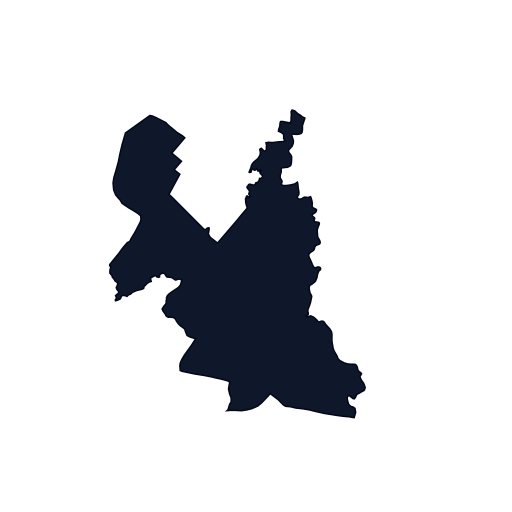 outline of Pur Rieng, Prey Vêng, Cambodia, rotated 220°
{"feature_id": "14789045B26766216675918", "entity_name": "Pur Rieng", "entity_type": "district", "adm_level": 2, "iso_a3": "KHM", "parent_name": "Cambodia", "parent_adm1": "Prey Vêng", "projection": "mercator", "projection_center": [105.263, 11.512], "detail": "fine", "context": "isolated", "style": "filled", "palette": "ink", "viewbox_px": 512, "rotation_deg": 220, "n_neighbors": 0, "source": "geoboundaries", "source_scale": "gbopen_adm2", "svg_char_len": 6129}
<svg xmlns="http://www.w3.org/2000/svg" viewBox="0 0 512 512"><g transform="rotate(220 256 256)"><path d="M300.1,379.2L300.4,380.7L301.8,382.9L304.2,385.7L307.2,393.1L309.9,392.4L312.7,392.4L315.3,391.9L319.7,392.1L322.2,391.0L321.9,389.1L319.7,386.9L318.1,384.6L316.1,382.2L315.4,379.9L322.2,376.1L323.6,374.8L323.1,373.4L321.1,370.5L320.1,367.7L319.0,366.0L316.0,366.8L313.7,367.0L312.4,366.3L310.4,363.8L308.0,362.8L308.6,361.3L312.3,357.8L316.4,353.4L319.5,351.2L321.2,349.2L318.8,347.3L317.8,345.6L316.7,344.7L316.4,343.3L316.6,342.3L317.4,341.6L318.2,341.6L319.5,341.9L321.2,341.9L321.4,341.2L321.7,340.1L319.3,338.2L318.0,336.3L317.5,334.4L317.2,331.7L318.1,326.6L318.1,324.6L317.8,322.7L316.6,320.2L316.2,319.0L315.5,316.5L315.0,315.7L314.4,316.0L313.7,317.2L314.2,318.2L314.7,319.6L314.3,320.6L313.5,320.8L312.8,320.6L311.9,321.0L311.6,323.3L310.1,322.6L309.2,322.3L308.3,322.9L308.3,324.1L307.9,325.0L307.1,325.0L306.6,324.3L306.9,323.5L306.9,322.7L306.3,322.2L305.4,321.9L304.0,321.9L302.3,321.4L301.8,320.4L302.1,318.4L303.2,317.8L302.7,316.7L302.0,315.9L302.2,315.0L302.0,313.1L302.8,312.6L303.2,311.9L302.7,310.4L303.0,309.3L304.3,308.1L305.1,308.1L305.9,307.3L306.6,307.3L307.3,306.7L307.6,305.7L307.1,304.5L307.5,303.8L307.0,302.7L305.4,302.2L302.9,301.7L302.3,300.9L301.7,299.5L301.2,298.7L300.2,298.7L299.6,298.3L299.0,297.5L298.8,296.6L299.7,296.5L301.0,296.6L301.7,295.8L301.3,294.8L300.6,294.4L301.1,293.5L298.4,290.5L296.6,289.1L293.5,287.1L293.6,278.5L293.5,269.5L293.8,241.2L302.6,240.9L304.2,241.2L306.7,242.3L309.2,246.6L310.2,247.4L311.3,246.1L311.4,244.1L312.5,243.2L313.5,243.1L358.1,247.1L362.3,247.3L366.9,269.7L374.1,269.5L374.0,280.7L386.6,280.7L386.5,300.8L389.8,300.8L396.0,299.9L403.0,299.9L405.5,299.8L409.8,300.0L410.5,300.3L421.4,297.8L425.5,296.6L427.6,295.4L435.1,266.4L430.2,255.3L425.7,246.4L421.9,239.5L417.9,230.7L415.3,224.7L412.5,220.1L407.5,215.1L402.8,212.6L398.9,211.9L395.9,211.5L392.7,210.3L389.7,210.5L384.3,211.1L379.0,212.0L373.5,212.7L370.1,212.6L367.8,210.3L366.6,208.0L364.2,197.5L362.9,189.2L362.1,186.0L363.2,183.6L363.3,177.3L362.8,169.5L362.6,155.5L361.8,154.4L360.6,154.6L359.7,153.3L359.2,151.9L358.1,150.4L357.0,149.0L355.1,148.6L353.9,148.5L352.5,147.5L349.5,146.9L348.1,146.3L346.5,146.4L344.8,146.4L344.2,146.1L343.2,143.8L342.8,142.0L341.3,141.1L339.0,140.6L337.9,140.0L337.4,139.4L337.9,137.2L338.1,135.3L336.6,134.7L335.8,134.0L335.6,132.0L334.8,131.4L333.6,133.2L332.4,135.9L332.9,137.7L333.2,139.6L332.1,140.7L330.5,141.6L328.8,142.2L328.8,143.6L328.2,145.2L327.6,146.1L327.3,148.7L325.2,152.9L322.2,156.9L321.5,158.1L321.3,159.4L322.2,160.4L321.9,162.8L321.8,164.8L321.1,167.2L319.9,169.2L321.4,170.2L322.6,171.2L321.9,173.3L320.9,175.6L319.9,176.7L318.5,176.2L316.9,177.1L316.4,178.0L317.2,178.8L317.7,180.0L317.1,181.9L315.9,183.3L314.4,183.7L312.3,182.9L310.6,182.7L307.6,184.8L305.9,185.5L303.3,185.6L302.1,185.9L300.0,189.1L297.9,189.9L296.7,188.6L295.2,185.0L295.3,181.8L297.4,174.6L298.3,170.8L298.4,168.4L297.6,166.2L296.5,165.2L296.0,163.8L294.9,162.8L294.3,161.2L294.3,157.9L293.9,155.1L292.0,154.1L288.4,153.2L285.9,152.2L283.8,152.7L281.6,154.7L279.2,155.9L277.7,156.0L274.4,154.8L271.6,154.1L268.8,153.9L265.9,154.2L263.7,154.2L260.8,152.4L257.7,150.8L254.6,151.5L251.4,152.8L249.1,153.9L248.1,146.5L247.1,133.6L246.3,129.1L245.4,125.7L244.0,123.2L240.4,119.5L238.0,120.4L227.0,126.3L219.2,131.0L212.7,134.6L208.3,136.8L202.8,139.7L197.3,142.2L195.0,142.5L193.6,139.8L191.5,136.4L187.6,133.4L183.8,131.3L181.2,128.2L180.9,125.5L178.6,120.2L178.8,118.9L176.9,120.8L172.4,124.6L167.7,128.1L164.0,132.3L161.0,136.5L158.2,142.2L157.3,147.0L156.7,156.3L156.7,159.7L146.6,160.2L139.2,159.5L136.7,159.9L132.5,162.8L128.0,165.0L121.5,169.3L116.2,172.4L110.6,175.1L102.0,179.6L91.5,185.9L86.1,189.3L81.4,192.6L76.9,195.2L79.1,200.2L82.2,202.9L84.3,202.8L86.9,201.7L89.5,201.9L92.1,203.5L94.5,205.4L95.5,207.2L95.3,208.7L94.4,209.0L90.0,209.1L88.8,209.9L89.0,211.8L89.6,213.9L89.8,214.8L88.9,216.8L87.9,219.7L86.8,222.3L86.9,223.3L87.7,225.3L90.2,226.9L92.0,227.8L94.9,228.5L96.9,229.3L98.9,230.4L99.4,233.6L101.0,234.0L102.4,233.7L104.4,234.0L105.8,235.0L107.0,236.0L108.9,236.8L110.7,236.6L113.5,234.3L114.4,233.7L116.1,232.4L119.5,230.9L124.5,229.8L127.2,230.1L129.8,231.6L133.1,232.7L136.2,234.0L138.1,235.3L141.3,238.0L143.7,240.2L146.9,244.2L149.0,246.2L150.7,247.0L152.7,247.6L159.2,248.5L159.9,248.8L161.3,249.2L162.9,249.1L164.1,248.1L165.3,245.8L166.4,245.7L167.9,246.0L170.1,246.2L172.4,246.2L175.5,245.4L177.4,242.7L178.3,242.0L179.0,242.4L178.4,244.3L178.6,245.1L179.4,246.0L180.7,246.9L181.8,248.4L183.5,253.4L184.4,255.5L187.2,260.7L188.1,261.4L190.8,262.4L192.4,263.6L194.7,265.6L196.0,267.9L195.0,270.5L194.3,273.9L194.3,275.2L195.4,278.6L196.6,280.6L197.7,283.1L198.2,285.2L197.8,286.9L198.3,287.8L199.2,288.3L200.1,288.3L201.5,287.5L203.1,285.0L203.8,284.6L205.3,284.9L207.1,285.6L210.1,287.2L213.8,288.9L215.1,289.6L216.1,290.5L216.8,292.0L216.5,293.9L215.6,297.1L215.6,298.3L216.8,300.9L216.9,301.8L216.7,302.9L215.4,305.3L215.0,306.2L215.4,307.6L217.1,308.8L220.8,310.2L222.0,311.3L225.4,314.8L226.0,315.7L226.8,317.5L228.0,321.1L228.7,322.0L229.5,322.1L230.8,321.4L232.1,320.5L232.9,320.1L234.1,320.2L235.3,322.7L236.3,322.9L238.8,322.9L239.3,323.6L239.4,324.5L238.6,326.8L238.4,328.1L238.9,329.6L239.5,330.4L240.3,330.4L243.4,329.6L245.0,330.1L245.5,330.9L246.6,332.4L247.8,333.5L248.9,334.4L251.4,336.1L252.4,336.5L252.9,335.6L253.7,334.3L256.6,332.4L257.3,331.1L257.7,329.2L259.1,327.7L260.2,327.0L261.6,327.1L262.3,328.0L262.6,329.0L262.7,330.6L264.0,332.4L267.1,335.0L270.9,338.7L271.8,339.2L272.2,337.8L272.6,336.2L275.2,332.7L276.4,331.3L278.8,328.8L280.0,327.9L280.9,327.3L281.8,327.0L282.8,327.5L284.0,330.0L286.1,330.9L287.2,331.1L287.8,331.6L288.8,332.7L289.5,333.8L290.5,336.2L291.4,337.5L293.0,339.1L292.8,340.0L291.2,341.9L288.9,344.2L287.7,346.8L287.8,348.4L288.9,350.3L291.7,354.1L293.0,355.3L295.0,356.0L297.2,356.4L298.7,357.3L299.1,358.4L298.9,363.4L299.7,365.8L300.8,367.7L302.2,368.9L306.4,371.6L306.6,372.7L303.1,375.2L301.1,377.3L300.1,379.2Z" fill="#0f172a" stroke="#020617" stroke-width="1.5"/></g></svg>